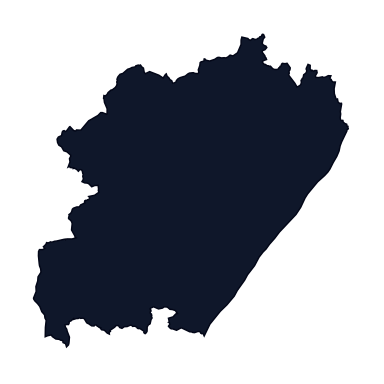 Kilmuckridge Lea-4, Wexford, Ireland, rotated 3°
{"feature_id": "5873133B64504717779267", "entity_name": "Kilmuckridge Lea-4", "entity_type": "district", "adm_level": 2, "iso_a3": "IRL", "parent_name": "Ireland", "parent_adm1": "Wexford", "projection": "mercator", "projection_center": [-6.406, 52.51], "detail": "fine", "context": "isolated", "style": "filled", "palette": "ink", "viewbox_px": 384, "rotation_deg": 3, "n_neighbors": 0, "source": "geoboundaries", "source_scale": "gbopen_adm2", "svg_char_len": 5712}
<svg xmlns="http://www.w3.org/2000/svg" viewBox="0 0 384 384"><g transform="rotate(3 192 192)"><path d="M133.9,67.9L132.6,68.6L132.3,68.1L131.6,68.1L129.4,68.9L129.5,69.3L128.2,70.2L125.5,70.8L123.7,71.9L121.3,72.8L116.8,77.2L114.0,78.2L112.1,80.7L111.4,82.4L111.2,83.8L111.7,84.6L111.1,86.0L111.6,88.0L111.0,90.0L109.9,91.7L107.1,94.1L105.7,94.5L103.0,97.1L102.0,99.2L100.6,100.4L100.1,100.6L99.0,100.3L98.8,103.2L99.3,103.7L99.9,107.1L102.9,113.3L103.1,118.2L102.7,118.8L98.3,117.4L96.7,117.5L94.1,120.5L85.1,126.3L77.7,136.1L73.4,136.1L72.7,137.1L71.9,137.2L70.5,136.7L66.7,133.1L66.3,133.3L63.5,137.6L62.2,138.2L61.1,137.4L60.0,137.8L59.3,138.9L58.8,142.5L55.7,144.1L54.5,146.3L55.2,149.7L56.6,152.2L59.4,153.7L61.8,157.5L65.0,158.4L68.9,161.5L69.0,162.8L67.9,165.1L68.6,168.4L67.0,173.5L67.8,173.0L68.9,173.3L69.1,173.9L72.4,174.1L72.3,174.7L73.2,174.4L75.1,175.2L77.2,176.6L77.1,176.9L77.5,177.2L78.6,175.5L80.6,175.6L81.5,177.3L81.9,179.1L82.5,179.8L82.1,182.0L82.9,184.8L81.6,187.4L84.3,188.5L87.0,188.6L88.4,189.1L91.6,192.0L94.5,190.6L97.9,190.3L98.5,193.8L98.4,195.6L99.1,197.1L94.9,200.4L89.1,201.9L90.0,202.8L89.9,203.9L89.5,204.9L88.1,205.2L87.5,205.8L86.1,205.9L85.4,206.4L85.2,207.7L85.7,208.5L81.5,210.7L80.2,212.8L77.6,213.0L74.4,214.4L73.4,215.5L72.9,217.9L72.0,219.6L70.3,221.0L70.6,221.8L70.1,224.2L70.2,225.1L72.5,226.8L73.5,228.3L74.0,229.9L73.7,236.2L77.2,241.8L77.7,243.2L78.6,243.8L74.7,245.2L69.8,245.4L68.9,245.6L68.3,246.2L68.0,245.7L66.5,246.0L59.2,248.1L57.3,248.4L54.7,249.5L53.4,249.2L51.3,250.3L50.5,250.2L50.0,250.7L49.4,250.3L48.8,252.0L46.5,254.4L47.9,256.0L46.1,257.3L42.7,257.5L41.9,259.4L42.0,263.8L43.2,271.7L43.6,273.7L44.9,276.6L45.3,279.3L45.3,280.2L42.7,284.8L42.6,289.0L41.1,294.6L41.6,299.5L39.3,306.3L39.7,307.5L40.9,309.1L43.6,311.5L46.0,314.3L48.3,319.4L51.2,322.4L51.8,325.6L53.1,327.8L52.7,334.9L53.0,344.2L55.3,343.1L59.1,342.1L60.0,343.6L63.7,345.9L67.1,346.1L68.7,346.9L70.8,347.2L71.1,349.1L73.7,350.1L74.8,353.2L76.6,351.2L77.0,349.4L77.2,343.4L74.6,337.5L74.1,335.6L72.8,333.8L71.9,331.6L73.6,330.9L75.6,330.8L76.2,329.3L76.1,327.8L77.8,327.1L80.3,324.7L80.4,325.4L83.2,324.4L84.9,324.3L86.2,323.5L87.3,324.0L89.4,323.7L91.0,324.1L93.7,328.1L95.3,328.9L96.0,328.8L96.3,329.4L98.8,330.9L101.2,330.9L101.5,330.3L103.1,329.6L104.4,330.9L105.6,331.4L106.1,331.9L107.7,332.3L107.4,332.6L108.9,334.3L111.7,334.6L114.7,337.3L116.9,338.2L116.6,336.3L117.8,335.5L117.3,334.5L121.9,331.0L123.0,329.4L125.5,329.2L126.9,331.1L129.2,331.8L131.5,330.0L134.2,329.8L137.4,328.2L138.7,328.3L139.7,329.3L141.9,329.0L144.0,329.9L144.3,330.6L145.3,331.2L147.2,331.1L150.9,333.3L151.5,334.0L151.3,335.0L152.6,335.9L153.7,334.9L154.4,333.4L154.3,329.1L155.4,326.9L156.8,326.1L157.1,325.5L157.8,321.4L158.6,320.2L158.6,319.4L157.9,318.5L158.3,317.7L158.0,316.5L157.8,316.6L157.5,315.7L156.6,315.1L156.6,313.9L157.2,313.2L156.8,312.2L157.1,312.0L156.2,311.0L156.6,310.3L159.6,308.6L164.7,310.5L168.5,309.5L170.4,308.1L173.4,308.2L176.1,310.3L178.6,310.4L181.4,311.2L183.1,312.9L182.8,313.1L182.9,313.5L183.7,314.2L182.1,314.7L179.6,317.7L175.1,319.3L176.1,322.9L175.5,323.3L176.2,323.6L176.7,325.4L175.5,327.2L176.7,328.6L178.3,329.7L180.0,329.7L183.8,330.9L188.1,328.3L189.0,328.4L197.0,331.7L198.9,331.7L200.0,332.2L201.9,332.3L205.1,331.0L206.6,330.9L207.5,331.3L208.1,332.5L209.1,333.0L210.4,332.6L211.7,335.1L216.8,323.0L226.5,309.6L232.8,302.8L239.6,293.8L242.4,287.9L249.1,277.4L251.8,271.7L258.3,262.3L262.4,253.5L266.0,248.3L268.9,245.1L272.1,240.1L277.0,233.9L281.4,227.4L297.0,209.0L301.3,201.7L305.2,192.1L307.6,187.8L316.9,175.3L323.6,168.6L326.6,165.0L328.5,161.9L331.5,155.1L334.7,148.9L336.7,143.4L337.5,138.2L338.8,134.1L343.4,123.1L343.4,122.0L344.6,120.9L344.7,120.3L344.3,119.9L344.3,118.3L343.4,118.2L342.9,116.2L341.0,115.6L339.6,114.5L338.6,112.9L339.4,112.1L338.6,112.8L337.4,112.9L336.5,111.8L336.1,110.1L336.4,106.3L335.9,104.0L336.8,96.4L336.6,95.6L334.7,95.8L333.1,94.4L332.4,91.5L331.4,91.8L330.9,91.4L329.0,86.4L328.5,81.5L329.4,74.7L326.8,74.8L325.6,73.5L325.1,72.4L324.5,72.6L323.8,71.1L324.6,68.7L322.0,68.7L318.9,70.5L316.6,70.6L316.2,70.2L312.5,71.1L309.7,71.1L309.1,69.5L310.7,66.4L310.2,64.2L308.3,64.2L307.2,65.1L305.9,64.2L304.8,64.7L304.3,63.6L303.5,63.0L303.4,59.3L301.2,58.5L299.6,62.6L299.7,63.7L300.2,64.2L300.1,66.1L299.4,67.4L297.4,69.1L297.0,72.1L296.1,72.9L295.6,74.6L295.1,74.8L295.5,76.9L295.1,78.7L294.8,79.4L292.8,80.9L291.3,81.6L289.0,78.0L282.7,70.6L282.4,69.2L282.9,68.4L282.5,66.3L283.4,64.9L283.6,62.9L280.2,58.5L278.2,59.0L275.5,58.8L274.7,59.7L274.4,61.4L273.3,62.0L273.3,62.8L272.2,63.5L271.8,64.6L270.4,65.2L268.8,65.3L267.3,65.2L266.0,64.5L263.8,62.3L262.0,62.4L261.8,62.0L260.2,61.9L258.7,60.8L257.3,60.9L257.0,60.2L255.5,58.9L255.6,57.8L257.1,56.8L259.5,55.8L258.7,54.0L258.1,53.6L257.6,52.1L255.2,49.2L254.7,48.3L254.8,47.6L255.6,46.9L257.4,46.1L259.1,43.8L258.0,42.3L257.3,42.3L255.5,41.4L254.3,39.9L255.1,35.5L256.5,33.6L255.2,31.0L254.3,30.8L253.9,31.0L253.9,31.8L253.4,31.9L253.2,33.0L251.6,33.5L250.6,35.0L249.6,35.2L248.9,36.0L246.6,36.5L245.8,35.9L244.4,35.7L242.4,37.5L240.7,36.8L239.8,35.8L233.7,34.7L233.1,37.6L233.3,42.1L230.2,50.6L225.8,54.0L222.9,53.3L220.4,55.6L218.5,56.4L217.1,56.2L214.5,56.6L211.9,56.1L210.3,56.4L207.8,58.3L202.8,60.3L199.2,59.7L197.8,58.4L197.1,58.6L197.2,60.2L196.9,60.7L194.2,61.6L193.4,62.3L193.2,65.2L191.9,69.7L192.6,72.2L191.6,73.5L188.8,73.4L187.0,72.8L183.2,73.4L181.7,74.3L179.2,76.6L174.2,78.4L172.2,79.6L170.6,81.5L170.3,82.9L168.6,84.0L167.0,84.4L165.9,81.9L164.0,80.9L163.2,79.5L161.0,77.6L160.1,75.4L159.3,76.1L157.2,79.7L152.8,77.1L143.4,74.0L139.2,76.3L138.0,75.0L137.0,70.8L135.4,69.8L133.9,67.9Z" fill="#0f172a" stroke="#020617" stroke-width="1.5"/></g></svg>